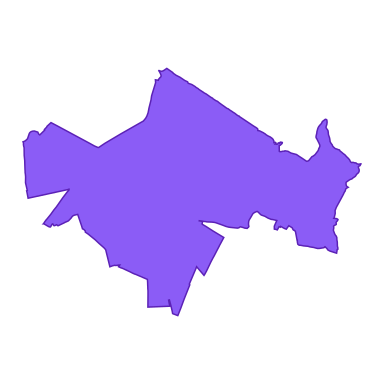 outline of Rogova, Mehedinti, Romania
{"feature_id": "2599482B76959317413868", "entity_name": "Rogova", "entity_type": "district", "adm_level": 2, "iso_a3": "ROU", "parent_name": "Romania", "parent_adm1": "Mehedinti", "projection": "robinson", "projection_center": [22.834, 44.475], "detail": "fine", "context": "isolated", "style": "filled", "palette": "violet", "viewbox_px": 384, "rotation_deg": 0, "n_neighbors": 0, "source": "geoboundaries", "source_scale": "gbopen_adm2", "svg_char_len": 5973}
<svg xmlns="http://www.w3.org/2000/svg" viewBox="0 0 384 384"><path d="M360.3,165.2L360.5,164.5L361.0,163.9L360.9,163.8L360.1,164.0L358.4,164.2L356.8,163.7L356.3,163.2L355.9,162.9L354.9,162.9L352.9,162.3L351.8,162.6L351.4,162.4L350.6,161.9L349.8,160.4L349.7,160.0L348.4,158.4L346.6,156.7L344.9,154.8L343.1,153.5L341.5,152.1L340.3,151.2L340.0,150.9L339.5,150.0L339.1,149.8L337.8,149.5L336.8,149.0L335.9,148.8L335.2,148.5L334.5,148.0L332.9,146.4L332.6,146.0L332.3,145.0L330.9,143.1L330.0,141.3L330.0,140.1L329.7,139.0L329.7,138.3L328.5,134.8L328.3,133.4L328.3,132.6L328.0,130.7L327.4,129.6L326.6,128.7L326.0,127.4L326.2,126.2L326.8,124.6L327.1,122.2L326.9,120.3L326.8,119.9L326.1,119.4L325.3,119.3L322.4,121.5L321.4,123.5L319.9,125.1L318.7,126.6L317.9,128.2L317.4,129.9L316.9,131.8L316.8,133.0L316.1,136.0L316.0,137.1L316.2,137.9L316.8,138.8L319.1,143.4L319.8,145.1L319.9,146.0L319.7,146.8L318.7,148.8L318.3,150.3L317.9,150.9L315.1,154.6L313.3,156.0L311.9,156.7L308.8,160.5L307.7,161.1L306.6,161.3L301.9,158.1L299.4,156.5L296.5,154.5L291.2,153.1L289.8,152.4L288.0,151.3L284.9,150.8L284.5,151.2L282.8,151.2L281.8,151.5L280.0,151.7L279.3,151.3L279.2,145.6L280.3,145.2L282.1,143.5L282.3,142.5L281.7,142.2L281.2,142.4L280.4,142.1L280.0,142.4L279.6,143.2L279.1,142.9L278.3,142.9L277.6,144.1L276.3,144.3L276.1,143.7L275.3,143.9L275.9,142.9L275.5,142.4L273.9,142.6L274.0,142.2L273.9,141.1L273.1,139.4L272.2,138.4L270.3,137.0L267.8,135.8L266.2,134.8L265.3,134.0L264.9,133.7L264.6,133.6L263.5,132.8L259.7,130.9L257.8,130.5L257.8,129.1L257.1,128.3L256.0,127.5L253.7,126.1L239.5,116.6L239.2,116.1L238.4,115.9L237.1,115.1L234.7,113.2L233.2,112.3L231.5,111.1L230.3,110.4L228.0,108.7L227.0,108.4L219.2,102.8L217.7,101.5L216.8,101.0L216.1,100.8L213.5,99.1L213.1,98.9L212.7,98.3L212.3,98.0L211.8,97.8L210.6,97.1L206.1,93.9L204.5,93.1L198.8,89.3L198.1,88.6L195.9,87.3L195.2,86.6L191.8,84.5L188.3,83.3L187.9,82.6L187.6,81.8L184.8,80.5L180.1,77.3L175.8,75.1L174.5,74.1L173.8,73.7L173.2,73.3L172.9,72.6L166.8,68.4L163.9,70.4L162.5,71.1L161.8,71.3L160.6,71.1L159.6,70.8L159.0,70.5L158.8,70.7L159.9,72.5L160.7,74.3L161.0,75.2L161.1,75.8L161.0,76.4L160.8,76.9L160.0,77.6L158.5,79.4L158.3,80.3L155.4,79.8L155.6,82.7L151.6,95.8L151.0,100.0L149.0,108.0L148.1,112.7L146.9,116.0L145.7,118.2L143.4,121.0L120.6,134.0L104.9,143.3L98.8,147.4L98.0,147.5L94.5,146.0L89.8,143.4L57.1,125.8L51.0,122.6L47.0,126.3L46.7,127.1L44.4,129.5L44.7,130.1L39.8,134.9L38.7,134.1L37.8,132.1L34.3,131.0L32.4,131.2L31.0,131.7L30.3,132.2L29.7,132.8L29.2,133.7L27.7,138.2L27.3,139.0L25.3,140.8L23.9,141.5L23.0,141.8L23.5,143.1L23.4,144.1L23.6,145.9L24.1,147.7L24.1,148.1L24.2,155.5L24.7,160.4L25.0,169.8L25.1,170.9L25.1,172.3L25.4,174.5L25.6,176.9L25.5,182.8L27.3,190.5L26.6,190.8L26.9,191.9L28.1,198.2L67.3,189.7L68.5,189.4L69.0,189.1L69.1,189.3L68.8,190.2L67.1,192.1L62.9,197.6L56.3,207.0L54.0,209.8L50.7,214.4L46.8,219.2L46.2,219.8L44.6,222.0L43.6,223.6L43.4,223.8L43.6,223.8L44.5,224.2L48.6,226.6L49.8,227.0L50.4,227.0L50.8,226.5L52.0,224.3L52.3,224.1L52.6,223.9L52.9,224.0L53.7,225.5L54.1,225.7L54.8,225.6L56.6,224.7L56.8,224.8L57.5,225.6L58.2,225.7L64.7,222.6L64.9,222.4L65.4,222.1L65.7,222.1L68.4,220.9L71.0,218.2L72.3,216.4L73.2,215.7L74.3,215.2L77.7,214.4L81.6,225.9L82.5,228.9L83.3,229.1L84.3,229.9L85.3,231.0L85.3,232.1L88.3,234.2L95.2,239.8L99.0,243.4L104.0,247.8L105.5,249.5L105.7,249.8L107.1,255.5L109.9,266.8L113.1,265.6L113.7,265.6L114.5,265.3L115.8,265.5L116.6,265.4L119.0,265.0L119.8,265.0L118.5,266.7L120.8,267.8L122.4,268.3L130.2,271.9L132.3,273.0L134.5,274.0L135.8,274.4L147.4,279.4L147.6,282.1L147.7,285.3L147.8,286.8L147.8,288.3L148.0,290.7L148.0,295.3L147.9,307.1L169.9,306.2L169.7,305.2L169.4,304.5L168.6,300.1L169.4,299.9L170.9,305.6L172.3,311.7L172.6,313.5L173.2,313.9L173.9,314.1L177.8,315.6L178.0,315.2L180.9,307.9L184.1,299.2L189.8,284.8L189.3,284.1L195.9,268.6L196.6,266.7L204.0,275.4L204.8,274.2L206.7,270.7L210.9,261.9L212.9,258.1L214.2,255.8L217.4,249.6L219.3,246.0L219.5,245.4L219.9,244.8L223.8,237.5L222.5,236.7L212.9,230.9L205.9,226.4L202.3,224.3L202.2,224.1L202.1,223.8L202.6,221.7L201.6,221.3L199.0,220.8L198.6,220.6L202.8,221.2L204.3,221.5L205.6,221.6L206.9,221.9L211.9,222.1L214.4,222.4L215.7,222.7L222.8,225.2L225.9,226.4L228.5,227.1L230.5,227.4L237.5,228.1L238.8,227.8L240.2,226.9L240.4,226.8L243.4,227.6L244.6,228.1L247.2,228.4L247.7,227.8L248.4,227.3L248.8,226.7L248.9,226.2L248.6,225.3L248.5,223.6L248.7,221.5L249.0,220.4L249.6,219.3L250.7,217.5L252.6,214.2L253.2,213.4L254.9,212.3L257.1,211.4L258.4,212.3L259.7,213.7L261.2,215.0L264.9,216.3L268.0,218.1L271.0,219.3L272.0,219.5L272.6,219.5L276.8,220.5L274.9,224.8L274.3,226.2L274.3,228.6L274.4,229.2L274.9,229.1L277.3,229.9L279.1,226.7L280.3,227.2L280.7,226.4L284.5,228.5L286.3,229.2L288.8,225.7L291.9,227.6L292.4,228.1L293.0,229.6L293.7,230.2L294.5,230.4L294.7,230.8L295.2,231.1L295.5,231.8L297.0,239.9L297.2,239.7L297.3,239.8L297.4,242.3L297.8,244.2L298.0,244.4L299.1,245.2L300.7,245.3L303.7,245.9L308.0,246.3L310.0,246.9L313.9,247.5L316.0,248.1L317.8,248.5L319.7,248.4L323.9,247.7L324.4,247.4L324.5,247.0L324.6,246.9L325.0,246.7L325.3,246.9L325.7,247.4L327.1,248.7L327.6,249.7L328.1,250.1L330.0,251.1L336.6,253.2L337.2,249.5L337.9,249.2L337.8,247.5L337.4,246.2L337.3,242.1L336.9,239.8L336.8,237.4L336.1,235.9L335.3,235.0L334.7,233.9L333.5,230.7L333.4,230.0L333.8,227.9L333.6,226.4L334.0,225.7L336.2,224.5L336.3,224.1L336.1,222.9L336.1,222.4L336.6,221.6L337.1,221.2L337.7,220.4L338.0,219.5L337.4,219.0L336.5,218.6L333.8,218.3L334.2,217.7L335.2,213.6L335.2,212.8L335.1,210.5L336.4,207.2L341.2,198.4L343.3,194.5L344.3,192.3L345.1,191.2L345.7,189.1L346.0,188.7L346.8,188.1L348.2,187.3L347.4,186.8L346.5,186.0L346.3,185.5L346.0,184.0L346.1,182.5L346.3,182.1L349.9,179.6L351.9,178.9L353.0,177.9L355.1,176.5L355.6,176.0L356.5,174.5L357.5,173.5L358.2,173.0L358.7,172.3L359.1,171.4L359.2,170.5L359.2,169.8L358.5,167.9L358.3,166.8L358.6,166.3L359.1,166.0L359.7,165.9L360.3,165.2Z" fill="#8b5cf6" stroke="#5b21b6" stroke-width="1.5"/></svg>